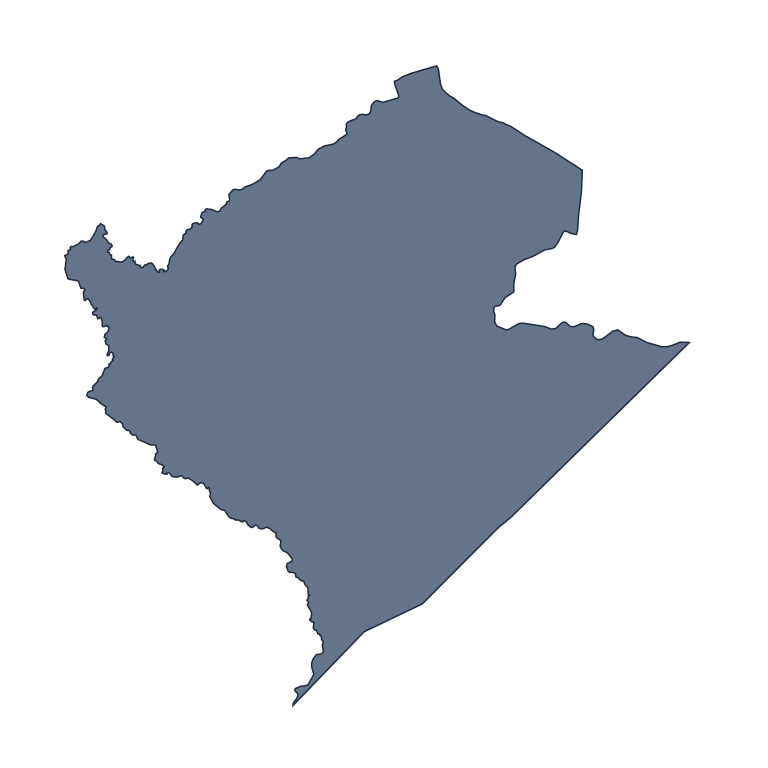 Mandimba, Niassa, Mozambique (Mercator projection), rotated 265°
{"feature_id": "85939544B48761792497071", "entity_name": "Mandimba", "entity_type": "district", "adm_level": 2, "iso_a3": "MOZ", "parent_name": "Mozambique", "parent_adm1": "Niassa", "projection": "mercator", "projection_center": [35.973, -14.23], "detail": "fine", "context": "isolated", "style": "filled", "palette": "slate", "viewbox_px": 768, "rotation_deg": 265, "n_neighbors": 0, "source": "geoboundaries", "source_scale": "gbopen_adm2", "svg_char_len": 6118}
<svg xmlns="http://www.w3.org/2000/svg" viewBox="0 0 768 768"><g transform="rotate(265 384 384)"><path d="M667.7,422.8L664.6,407.2L666.9,402.1L666.6,400.2L665.3,398.2L662.7,395.8L656.6,394.4L654.1,392.5L653.5,389.3L654.5,386.4L654.4,383.4L652.6,380.7L650.6,379.1L649.0,373.1L647.6,370.1L645.4,368.9L643.3,369.0L640.5,368.0L636.7,368.9L635.9,368.7L631.7,360.4L629.1,357.5L627.4,354.4L626.4,345.6L623.7,339.0L619.0,334.4L616.0,329.4L615.6,319.6L617.4,316.5L617.6,308.8L615.1,305.4L613.1,301.0L609.7,298.5L608.9,297.1L606.5,291.5L607.0,288.0L606.0,285.3L598.5,278.6L596.1,274.1L594.2,269.7L592.4,262.7L590.2,259.4L589.9,256.8L591.0,252.3L590.6,250.4L586.3,246.0L580.9,246.3L580.0,245.9L579.2,243.4L576.5,242.2L573.3,237.2L570.4,235.2L570.2,232.7L572.9,227.4L574.0,222.2L573.3,221.3L571.7,220.6L570.7,217.7L566.8,216.0L565.7,216.1L564.3,218.2L563.1,218.0L559.6,215.5L559.1,213.7L560.7,212.4L561.0,211.4L560.6,207.8L559.8,206.8L556.5,206.2L555.1,203.7L554.7,201.0L553.9,200.2L551.2,199.4L550.0,197.0L545.0,196.1L543.3,194.0L539.2,190.7L531.4,185.4L529.2,182.5L526.0,181.1L522.4,180.3L520.2,178.6L517.6,179.2L514.8,176.7L515.2,175.7L516.3,175.3L515.5,174.4L516.4,174.4L517.5,173.6L517.8,171.5L517.3,170.1L514.9,170.0L514.8,168.7L518.6,166.4L523.4,164.5L524.8,162.9L524.8,160.1L523.3,157.6L523.5,156.2L521.6,154.5L521.1,152.2L522.3,151.1L523.4,151.4L523.8,149.4L525.0,147.2L525.9,146.6L528.1,146.6L527.9,145.4L528.8,144.8L529.9,144.5L531.6,145.5L532.5,145.0L531.7,142.3L533.5,141.0L532.1,138.5L530.1,137.0L528.2,133.4L529.5,128.3L529.2,127.3L531.3,126.4L532.3,123.6L536.2,123.7L537.5,121.9L539.0,121.8L539.3,120.4L540.1,120.1L541.3,120.9L541.7,122.5L543.2,122.7L544.7,125.1L545.4,125.3L547.2,124.4L548.2,122.2L551.8,120.2L555.7,116.7L556.6,116.9L557.3,118.4L557.8,121.2L559.0,121.5L562.2,119.3L565.5,119.4L568.5,115.6L567.0,114.4L565.9,112.3L561.8,110.5L555.5,106.3L552.5,103.7L550.9,98.3L552.4,97.2L552.8,95.0L550.1,91.7L547.9,86.2L548.3,84.3L547.0,83.2L545.4,83.4L544.7,83.0L544.7,81.1L544.0,80.7L541.9,81.0L540.4,79.3L539.9,77.3L538.9,77.2L536.4,78.5L526.1,76.2L516.6,78.2L515.6,80.1L513.8,87.2L512.8,88.7L505.9,90.4L505.5,93.1L504.0,94.3L501.2,92.4L493.7,92.7L493.2,93.8L494.9,95.2L494.8,96.4L492.0,98.4L489.1,99.3L484.5,101.8L483.9,102.8L485.0,104.4L484.5,104.8L483.0,104.0L480.8,100.0L478.8,100.0L478.0,100.7L478.1,102.5L476.8,104.0L474.1,104.4L473.9,105.7L474.9,106.6L475.0,107.9L469.6,108.9L467.5,108.3L465.9,108.6L465.5,109.5L466.4,113.3L465.1,113.9L464.5,115.1L460.1,113.6L457.9,110.4L455.3,109.5L454.6,109.4L453.8,111.5L452.9,111.6L451.3,109.9L447.9,110.7L446.1,113.2L441.5,112.8L436.8,110.6L436.2,111.4L436.5,112.5L439.4,114.0L439.3,115.9L438.2,116.8L435.5,116.6L434.8,117.7L432.5,115.6L430.9,116.3L430.2,114.2L428.2,113.4L427.8,111.6L426.4,111.9L424.8,111.0L423.8,107.4L416.6,103.7L414.1,100.2L411.2,98.7L406.9,93.6L405.6,93.2L404.4,93.9L402.9,93.3L402.4,89.8L401.5,88.3L399.0,87.0L397.9,87.3L396.3,88.9L393.8,96.1L388.9,100.4L385.7,104.7L385.0,105.1L383.1,104.0L381.2,104.7L379.2,104.0L371.8,112.2L369.4,114.2L369.0,115.4L369.8,117.4L369.3,118.1L367.3,119.8L364.3,120.3L361.3,122.7L360.4,123.6L359.7,126.5L357.7,127.0L355.5,128.3L354.3,132.7L351.5,133.4L350.1,134.3L343.6,146.3L343.1,151.1L336.0,152.6L334.0,150.2L332.9,150.5L328.5,148.6L326.7,150.9L324.6,152.1L322.7,155.8L321.1,157.6L320.0,157.7L319.4,156.2L316.7,156.1L315.1,155.0L314.3,155.7L313.3,158.0L313.2,160.1L314.3,160.2L314.7,161.3L314.3,162.2L310.5,164.8L309.6,166.5L309.4,171.3L310.4,173.4L309.8,174.8L307.8,176.4L306.9,177.9L307.6,180.3L307.3,180.9L304.4,184.9L299.5,189.3L301.6,192.3L301.0,195.0L299.9,196.1L295.3,198.1L295.3,199.4L296.3,199.9L296.2,200.8L294.6,201.1L293.4,200.6L290.4,201.6L286.9,200.7L279.8,203.7L274.0,209.7L272.9,211.2L272.0,214.2L265.9,217.5L263.9,219.1L262.6,223.0L261.4,224.5L261.1,227.3L258.9,230.7L258.9,231.3L260.0,232.2L260.0,233.2L258.5,235.1L255.9,235.8L252.7,239.0L252.7,240.9L253.9,242.1L254.6,244.1L253.6,245.8L251.6,246.5L250.5,248.5L250.3,251.0L251.6,254.3L250.0,257.6L246.5,260.9L245.1,263.6L241.5,263.1L240.4,263.5L237.1,267.5L234.4,267.3L231.9,266.4L229.0,267.2L226.5,269.1L224.4,273.0L218.1,277.2L216.8,277.3L215.1,276.1L213.9,272.2L210.5,270.8L206.1,272.1L204.7,273.3L204.2,277.0L202.8,279.2L199.5,279.4L198.3,281.9L196.9,282.6L195.3,284.3L194.6,286.8L190.1,288.2L188.0,290.5L181.4,290.1L180.7,290.3L180.3,291.5L179.7,291.5L179.0,290.0L176.4,289.5L175.4,288.3L173.1,290.1L171.1,288.6L170.0,288.5L164.6,291.3L161.1,292.0L159.8,291.3L157.2,291.1L156.7,289.9L155.4,289.4L154.7,290.7L153.7,290.9L152.9,292.9L151.5,293.2L147.3,292.3L145.5,293.0L144.5,294.1L144.2,295.6L140.9,296.2L140.5,298.1L139.2,298.2L137.9,299.7L135.2,299.4L132.6,300.9L131.2,300.9L130.6,300.2L128.7,299.8L123.1,300.4L121.7,299.5L120.6,298.0L120.3,293.0L116.5,289.6L113.0,287.8L110.9,287.4L107.9,287.4L100.9,288.8L91.2,282.2L90.3,279.8L90.1,274.2L88.3,269.1L86.8,268.4L85.2,269.1L83.7,270.8L81.0,271.0L78.5,269.7L74.1,265.9L71.7,265.4L138.9,342.6L161.6,403.0L231.0,485.4L240.0,498.6L398.7,691.8L399.9,682.6L397.5,675.1L396.5,670.0L396.9,663.8L402.7,648.9L408.1,640.6L409.5,634.0L411.6,628.7L417.5,621.7L416.7,616.5L409.9,605.8L409.4,601.8L410.0,599.8L412.9,597.1L414.8,596.5L420.1,597.7L422.8,597.2L426.0,591.9L426.9,587.5L426.7,585.2L424.5,578.4L424.7,576.1L425.5,574.1L429.6,570.4L430.0,568.3L429.3,566.3L424.3,559.8L424.1,557.5L424.2,555.3L427.1,549.4L432.4,528.5L432.5,523.8L427.1,511.9L427.5,509.9L431.9,501.5L436.0,499.7L443.5,500.5L447.0,499.6L450.6,500.2L451.6,501.4L452.1,505.6L452.7,506.8L459.3,512.0L464.6,521.4L473.3,522.1L482.2,524.8L488.3,524.6L490.3,525.2L492.1,526.9L495.9,535.2L497.9,542.8L503.6,555.9L504.2,562.7L505.2,565.7L509.3,569.3L519.2,575.5L520.3,576.8L520.6,578.5L517.8,583.0L516.2,588.7L520.1,590.2L534.7,592.4L557.9,597.4L579.6,600.2L599.7,574.4L619.7,545.3L629.3,533.2L632.4,527.4L633.5,526.2L635.7,519.9L642.5,508.9L644.0,504.0L647.3,496.8L649.5,492.9L654.6,486.7L662.3,478.8L664.8,475.2L668.6,471.1L672.5,467.9L677.6,466.5L691.5,465.7L694.9,465.0L696.3,464.1L691.3,438.7L688.6,429.7L685.0,422.8L684.7,420.8L682.4,420.7L669.1,424.0L667.7,422.8Z" fill="#64748b" stroke="#1e293b" stroke-width="1.5"/></g></svg>